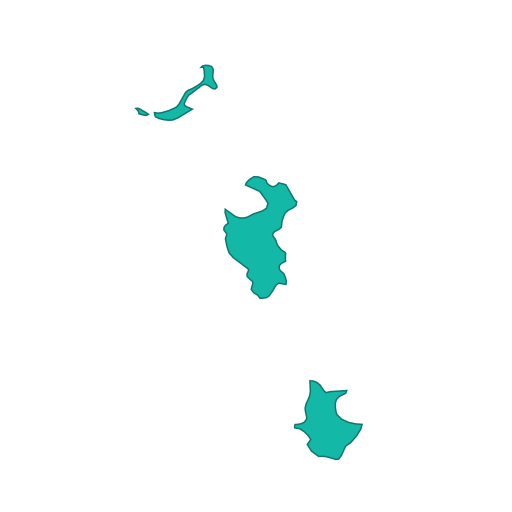 map outline of Îles Loyauté (Mercator projection), rotated 31°
{"feature_id": "NCL-1258", "entity_name": "Îles Loyauté", "entity_type": "Province", "adm_level": 1, "iso_a3": "NCL", "parent_name": "New Caledonia", "parent_adm1": "", "projection": "mercator", "projection_center": [167.211, -21.021], "detail": "fine", "context": "isolated", "style": "filled", "palette": "teal", "viewbox_px": 512, "rotation_deg": 31, "n_neighbors": 0, "source": "natural_earth", "source_scale": "10m", "svg_char_len": 2699}
<svg xmlns="http://www.w3.org/2000/svg" viewBox="0 0 512 512"><g transform="rotate(31 256 256)"><path d="M289.6,257.2L292.2,259.2L295.2,262.2L296.3,265.0L289.5,267.5L288.2,270.6L288.2,279.0L287.8,283.4L286.5,286.2L284.3,288.1L281.2,290.2L277.7,288.7L273.1,288.7L269.0,287.0L267.2,280.5L265.7,279.5L262.3,279.0L259.0,278.1L257.5,276.0L257.1,272.3L256.0,271.1L237.3,269.1L231.2,267.1L225.9,262.5L221.1,257.2L220.5,255.7L220.2,253.7L219.4,252.0L215.1,250.3L213.9,248.1L214.0,245.2L215.4,242.3L207.2,234.8L205.6,231.8L218.2,232.8L222.3,231.8L226.2,229.6L228.6,227.1L232.2,221.2L238.4,213.9L240.4,209.6L239.2,204.8L236.7,203.3L225.9,198.7L210.4,200.5L210.0,198.3L211.0,193.7L213.4,189.1L217.5,186.9L224.5,185.8L225.9,186.2L227.3,187.5L228.8,188.1L230.6,188.4L232.9,188.4L234.9,187.8L236.5,186.1L237.5,183.9L237.8,181.6L244.8,179.5L260.1,188.1L262.9,188.4L264.3,192.3L262.7,196.1L260.2,199.9L258.9,204.0L259.0,206.6L260.2,212.3L262.9,218.3L262.1,221.0L259.4,225.4L258.9,228.0L259.5,229.6L261.1,230.5L263.1,231.2L265.1,232.5L267.2,234.4L269.0,235.7L274.2,237.6L276.6,237.9L278.6,237.8L280.1,238.4L281.2,240.8L281.9,241.9L283.1,244.1L284.1,245.1L281.8,248.9L281.1,251.0L281.2,252.8L282.9,255.3L285.1,256.2L287.4,256.5L289.6,257.2ZM433.6,345.7L435.0,350.3L434.9,358.2L433.4,366.7L430.8,372.8L431.9,382.9L431.5,387.5L428.9,389.4L426.4,389.9L418.7,392.1L412.8,395.5L404.1,394.7L397.0,391.1L397.4,385.0L393.1,383.0L387.7,381.7L382.2,381.6L377.7,383.4L377.2,382.8L376.8,382.0L376.5,381.3L376.3,380.3L378.5,378.8L381.0,376.6L383.0,373.6L383.4,369.8L382.4,368.0L377.8,363.0L376.3,360.8L375.1,356.9L374.5,351.1L373.7,347.3L372.1,343.7L366.5,335.2L369.4,333.7L372.1,333.1L374.7,333.2L377.7,333.7L382.9,336.2L386.2,337.1L389.7,333.9L403.1,324.6L403.6,327.5L399.8,333.3L398.8,337.5L399.8,341.2L402.2,345.2L405.0,348.5L407.1,350.3L413.5,351.8L420.8,351.0L427.9,348.6L433.6,345.7ZM127.3,125.6L129.5,127.3L134.7,130.1L135.7,131.6L134.8,134.0L132.6,134.8L126.5,134.5L123.9,135.2L122.0,137.0L120.9,139.2L120.5,141.3L119.9,141.9L116.8,150.2L115.5,152.7L115.3,156.1L116.0,162.2L117.2,163.7L119.9,163.8L125.8,162.9L117.9,177.9L114.6,182.3L111.4,184.5L106.9,186.6L102.0,188.1L98.0,188.4L96.4,186.9L95.1,185.4L98.3,184.1L101.1,182.0L106.2,176.5L109.6,171.8L111.2,169.1L111.8,165.2L111.4,151.9L112.5,148.8L114.9,145.7L117.4,141.4L119.5,136.9L120.5,132.9L119.6,128.8L115.7,123.3L113.9,121.4L113.0,121.7L111.8,122.5L112.3,120.6L114.5,118.5L117.5,117.0L120.5,116.5L122.9,117.8L124.5,120.3L125.7,123.1L127.3,125.6ZM83.9,189.9L85.6,189.7L90.8,189.9L89.7,191.9L87.7,192.9L82.5,194.4L81.4,193.2L80.4,192.4L79.0,191.9L77.0,191.4L78.5,190.3L80.2,189.9L81.9,189.7L83.9,189.9Z" fill="#14b8a6" stroke="#0f766e" stroke-width="1.5"/></g></svg>